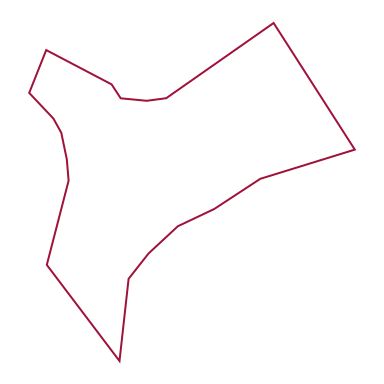 outline of Sveti Andraž v Slovenskih Goricah
{"feature_id": "SVN-268", "entity_name": "Sveti Andraž v Slovenskih Goricah", "entity_type": "Municipality", "adm_level": 1, "iso_a3": "SVN", "parent_name": "Slovenia", "parent_adm1": "", "projection": "mercator", "projection_center": [15.95, 46.517], "detail": "fine", "context": "isolated", "style": "outline", "palette": "rose", "viewbox_px": 384, "rotation_deg": 0, "n_neighbors": 0, "source": "natural_earth", "source_scale": "10m", "svg_char_len": 352}
<svg xmlns="http://www.w3.org/2000/svg" viewBox="0 0 384 384"><path d="M29.2,92.9L46.2,50.1L111.6,84.4L120.7,98.3L146.8,100.8L166.2,98.2L273.6,23.0L354.8,149.6L260.3,178.8L214.2,209.0L177.9,226.2L148.6,253.4L128.6,278.8L119.5,361.0L46.8,264.9L68.6,180.7L66.8,159.3L61.3,132.8L53.5,118.7L29.2,92.9Z" fill="none" stroke="#9f1239" stroke-width="2"/></svg>